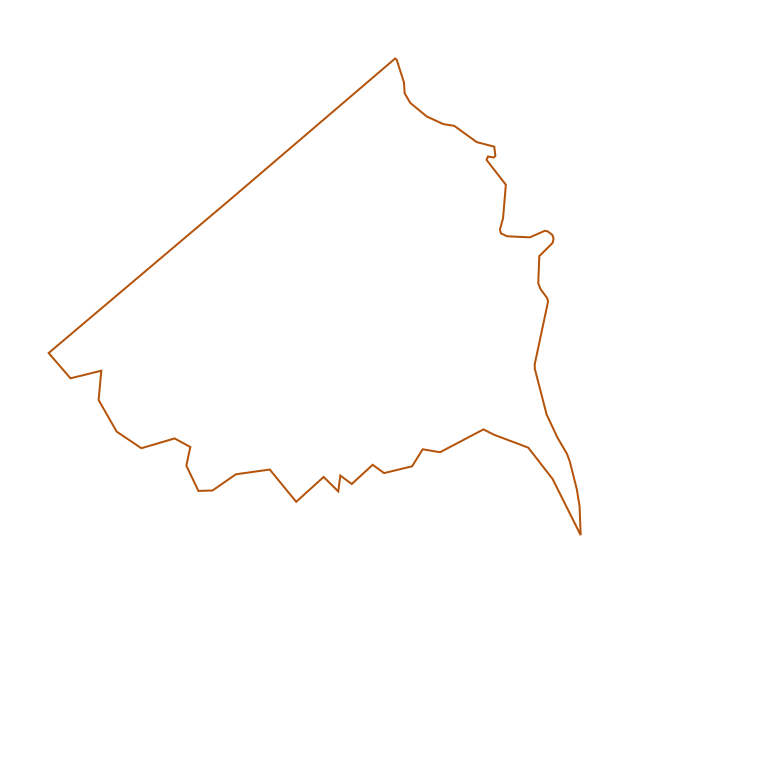 Orange, Texas, United States of America (orthographic projection), rotated 320°
{"feature_id": "52423323B30055377123023", "entity_name": "Orange", "entity_type": "district", "adm_level": 2, "iso_a3": "USA", "parent_name": "United States of America", "parent_adm1": "Texas", "projection": "orthographic", "projection_center": [-93.846, 30.055], "detail": "fine", "context": "isolated", "style": "outline", "palette": "amber", "viewbox_px": 768, "rotation_deg": 320, "n_neighbors": 0, "source": "geoboundaries", "source_scale": "gbopen_adm2", "svg_char_len": 1006}
<svg xmlns="http://www.w3.org/2000/svg" viewBox="0 0 768 768"><g transform="rotate(320 384 384)"><path d="M385.5,143.8L147.0,144.7L147.5,178.1L176.0,192.1L155.1,212.8L148.6,248.6L156.8,277.2L188.6,291.1L195.1,307.8L180.1,319.5L173.1,346.6L184.1,355.3L212.6,358.0L241.5,376.1L241.0,417.8L278.0,416.4L279.9,436.9L291.7,426.1L295.0,439.9L323.4,438.6L326.8,452.3L352.6,465.1L371.7,458.9L383.1,472.3L431.0,482.7L435.7,493.7L453.6,525.5L452.1,565.1L437.5,626.2L455.2,603.4L464.0,588.7L476.6,562.6L479.3,555.0L482.4,536.6L489.0,511.8L509.3,469.3L512.1,465.8L562.8,426.2L564.2,423.1L564.9,412.0L566.8,406.1L582.9,388.4L585.1,385.9L603.8,384.3L607.2,381.8L608.8,378.0L607.5,372.3L605.7,370.0L590.0,365.4L573.2,349.9L570.4,343.7L572.2,340.1L581.8,333.5L605.4,309.7L606.6,278.2L609.9,276.6L613.6,281.0L615.9,280.9L621.0,273.1L610.5,258.3L606.3,241.6L603.8,231.5L596.4,222.9L588.7,206.6L584.8,185.6L586.7,174.5L593.1,165.9L602.2,143.6L601.7,141.8L385.5,143.8Z" fill="none" stroke="#b45309" stroke-width="2"/></g></svg>